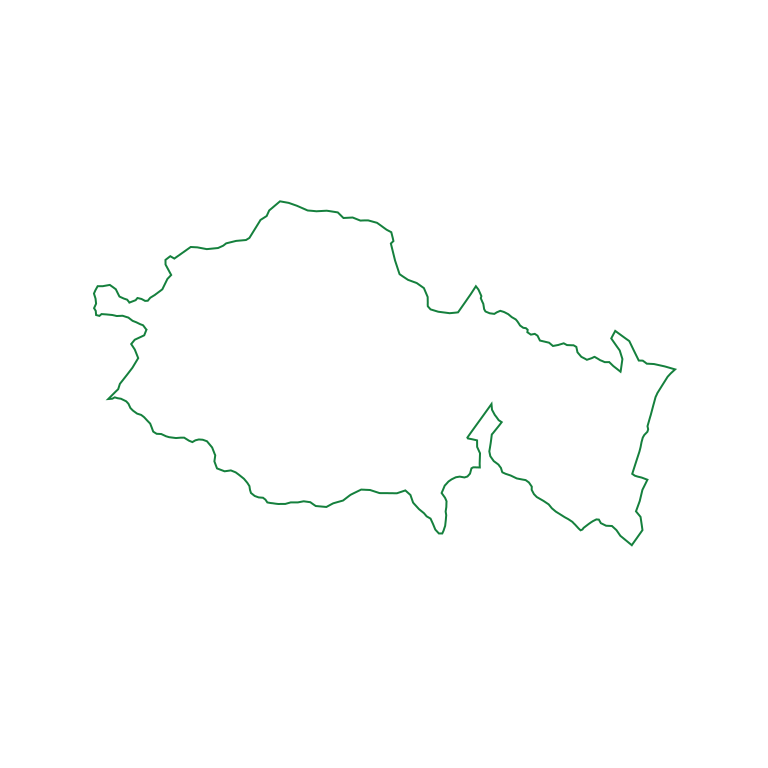 Landero y Coss, Veracruz, Mexico, rotated 300°
{"feature_id": "50627088B86274665639855", "entity_name": "Landero y Coss", "entity_type": "district", "adm_level": 2, "iso_a3": "MEX", "parent_name": "Mexico", "parent_adm1": "Veracruz", "projection": "orthographic", "projection_center": [-96.854, 19.743], "detail": "fine", "context": "isolated", "style": "outline", "palette": "green", "viewbox_px": 768, "rotation_deg": 300, "n_neighbors": 0, "source": "geoboundaries", "source_scale": "gbopen_adm2", "svg_char_len": 6035}
<svg xmlns="http://www.w3.org/2000/svg" viewBox="0 0 768 768"><g transform="rotate(300 384 384)"><path d="M542.2,628.8L539.9,619.5L539.5,618.0L536.3,607.9L535.2,605.7L533.0,601.4L533.3,599.3L533.6,596.4L532.5,594.4L531.7,592.9L537.8,583.8L543.8,575.0L543.9,574.1L544.2,570.7L545.6,557.7L543.5,557.8L542.4,557.8L537.1,558.0L535.4,561.6L532.7,567.4L530.9,571.4L527.2,575.4L524.9,577.9L524.8,578.0L513.6,582.5L512.9,582.7L513.6,577.9L514.2,573.6L515.6,568.1L515.1,567.3L513.9,565.2L513.3,564.2L513.0,561.3L512.7,559.3L512.8,556.8L512.8,552.8L512.4,552.4L510.4,551.1L506.4,547.6L506.4,545.4L506.2,541.3L507.2,538.5L508.2,535.7L512.3,532.0L512.3,528.8L511.1,526.6L509.2,523.0L509.1,519.3L505.5,515.9L505.1,515.6L501.4,511.3L502.0,508.0L502.3,506.3L500.2,499.3L499.6,497.3L502.6,492.8L502.8,489.5L502.6,489.3L500.2,486.5L500.5,482.7L500.5,482.3L502.8,481.3L503.1,479.9L503.3,478.9L502.9,478.0L502.3,476.5L502.7,472.5L503.3,471.5L504.6,468.9L505.1,467.8L505.8,465.8L505.8,461.2L506.6,456.7L506.4,452.3L506.2,451.1L505.8,449.4L505.5,448.1L502.4,445.8L499.9,444.5L498.1,440.2L497.6,436.3L497.6,435.5L498.9,433.3L502.6,430.3L503.1,429.9L504.1,428.4L506.7,424.9L508.0,424.6L508.8,424.4L513.0,418.6L514.6,414.7L505.1,414.2L498.1,413.6L497.9,413.6L488.8,412.8L484.3,412.4L483.1,412.3L481.8,410.6L478.1,405.4L478.0,405.1L473.7,394.8L471.9,387.0L473.2,383.1L474.7,382.1L476.2,381.3L481.2,378.3L487.0,370.6L487.8,361.9L486.2,352.7L486.6,346.3L486.9,342.6L488.0,341.3L496.5,331.8L509.1,319.7L512.5,320.7L514.8,318.6L518.4,315.1L519.1,314.4L518.9,309.1L520.1,297.5L520.1,297.3L519.4,294.7L518.6,291.6L517.8,288.6L515.8,285.1L513.7,281.8L513.5,280.4L512.5,273.6L507.5,265.9L508.0,263.9L509.5,258.2L506.3,249.9L505.4,247.7L499.8,239.1L498.4,236.0L496.1,231.1L494.8,219.4L494.2,216.2L493.2,210.9L490.2,202.6L486.6,201.3L476.9,197.8L470.8,198.4L464.3,195.0L462.8,195.0L443.2,194.4L439.7,192.5L434.0,184.4L426.9,177.0L423.4,175.6L418.8,172.3L412.2,163.1L409.0,154.0L406.0,148.1L387.8,139.7L387.8,135.0L382.2,132.7L378.2,135.1L372.0,145.2L366.7,143.9L356.5,144.6L355.2,144.7L354.0,144.2L346.8,141.1L346.7,141.1L341.9,138.5L340.4,138.2L338.0,137.8L337.4,136.9L336.5,135.5L336.5,134.3L336.4,131.5L335.4,128.1L335.2,127.5L332.4,127.0L327.2,122.8L327.4,122.5L328.6,119.4L327.9,115.9L327.5,111.7L327.5,111.1L328.6,109.4L332.0,104.3L332.0,103.9L332.3,101.4L332.7,97.0L329.0,92.6L328.2,91.7L325.5,87.1L320.8,87.2L317.3,87.6L313.7,91.5L309.6,94.5L304.7,95.0L303.2,97.8L300.9,99.4L299.8,100.2L300.7,103.5L303.3,104.4L303.7,105.2L305.4,108.7L305.9,109.8L307.9,114.2L308.7,116.7L309.2,118.5L312.4,123.5L313.1,126.8L313.7,129.4L313.0,134.7L313.4,137.3L313.6,138.6L313.9,143.1L314.4,145.8L314.1,146.7L312.3,150.9L312.3,151.1L306.3,152.0L305.7,151.6L297.7,146.0L292.2,145.1L289.2,151.0L283.5,158.2L272.3,158.0L263.9,156.9L252.1,155.2L246.6,156.4L243.2,155.4L233.1,152.7L235.3,155.9L235.5,156.1L237.8,157.5L238.5,160.4L239.7,163.5L240.1,169.2L240.1,169.4L239.7,170.7L239.1,172.6L236.4,176.4L236.3,176.8L235.6,179.3L235.4,180.2L234.9,185.0L235.8,189.1L235.6,190.9L235.3,192.9L233.9,197.4L232.8,201.3L231.2,203.3L230.0,204.8L227.4,207.9L227.3,209.0L227.2,212.0L229.3,216.1L229.7,220.6L229.7,221.1L230.5,224.5L231.3,226.4L233.2,230.9L235.9,234.8L237.6,237.7L237.4,243.5L237.9,247.1L240.9,248.8L243.4,251.4L245.1,254.9L245.9,259.3L243.1,266.9L238.6,272.5L237.9,273.5L232.2,275.8L228.2,280.6L227.4,281.6L228.6,289.0L228.7,289.6L232.6,294.6L233.3,299.6L233.3,299.9L232.9,303.5L232.4,306.8L231.9,310.1L230.1,315.0L228.3,318.5L225.3,320.9L223.1,323.3L222.9,324.7L222.4,327.9L222.4,328.1L223.1,332.1L225.0,336.1L224.8,337.4L224.6,339.1L223.1,342.2L224.3,345.5L225.1,347.3L226.2,350.1L227.2,352.4L228.7,354.9L230.7,358.4L234.8,362.4L236.3,365.0L238.3,368.5L242.2,373.0L242.4,373.4L243.9,377.1L244.8,379.3L244.5,382.1L244.2,385.9L248.7,395.6L249.2,395.9L253.6,398.6L255.3,399.7L258.3,402.6L262.6,406.8L270.1,409.9L271.4,410.5L274.0,412.2L281.1,417.0L281.6,417.9L285.0,424.5L285.2,424.8L287.3,434.7L292.4,443.7L295.8,449.8L302.5,455.7L301.1,462.4L299.7,464.0L295.9,468.4L295.5,469.4L293.4,476.0L293.2,476.6L293.1,477.0L292.1,483.2L290.7,487.1L290.7,489.6L290.7,491.6L287.3,496.4L283.6,501.2L283.3,502.1L282.0,506.3L283.7,509.2L286.8,508.9L289.1,508.4L291.7,507.9L297.4,505.4L299.3,504.5L301.5,503.5L304.3,501.2L306.0,500.5L308.6,499.5L312.3,497.5L313.7,496.8L315.0,495.1L316.0,493.7L318.4,488.4L321.8,488.0L326.4,487.4L328.0,487.8L329.9,488.2L331.8,488.6L335.2,490.2L339.1,492.8L341.6,495.8L342.0,496.8L342.1,497.1L343.3,500.4L345.6,502.5L349.4,503.3L354.7,501.9L355.9,502.6L356.4,502.9L356.8,503.5L359.6,508.7L362.8,506.7L365.6,505.2L367.3,504.3L372.0,501.8L376.1,496.1L379.5,494.1L381.7,492.8L381.4,491.7L380.3,488.2L378.8,483.8L379.2,483.2L379.3,483.0L384.9,483.5L389.9,484.0L407.4,485.8L420.4,487.1L415.7,490.4L412.8,495.1L412.7,495.2L411.6,497.9L410.0,501.4L409.8,505.0L405.9,504.5L401.4,503.8L396.2,503.0L394.2,502.6L389.2,504.7L386.0,506.0L381.8,507.6L378.3,508.9L374.6,512.2L372.1,517.6L371.7,521.3L371.4,523.6L371.0,524.3L369.8,527.2L368.4,528.7L367.2,530.0L366.7,530.7L367.0,534.1L367.2,535.1L367.9,538.5L368.1,539.6L368.6,546.2L370.5,551.7L371.6,554.7L371.2,558.7L369.0,563.3L366.2,564.8L363.6,568.9L362.5,572.8L362.5,580.6L362.1,586.8L361.3,588.9L360.3,591.5L359.4,596.6L359.0,607.3L359.1,611.1L358.8,616.1L358.2,618.0L357.8,619.7L357.7,620.0L356.5,623.8L356.2,624.7L355.6,627.4L357.2,628.6L359.2,628.8L365.0,631.2L367.6,632.4L369.7,633.5L372.9,635.6L374.0,637.9L371.9,641.4L372.0,642.4L372.3,647.2L375.0,652.4L373.7,658.3L373.0,659.8L370.7,664.6L368.3,679.2L368.7,679.2L374.9,679.8L386.7,680.9L390.4,678.0L397.2,672.6L399.7,665.9L410.5,664.0L421.6,660.7L425.0,660.5L432.8,660.0L431.8,653.9L430.6,649.8L430.0,647.0L430.2,644.9L430.3,643.9L444.2,640.9L453.2,639.0L457.5,637.8L462.4,636.1L467.0,634.9L470.0,634.9L474.3,636.0L476.9,635.4L479.2,633.3L488.0,631.1L489.2,630.8L489.8,630.7L495.0,629.3L500.5,627.8L502.5,627.3L508.5,625.7L511.1,625.5L512.7,625.3L521.6,625.6L532.1,626.0L532.5,626.1L536.5,627.0L542.2,628.8Z" fill="none" stroke="#15803d" stroke-width="2"/></g></svg>